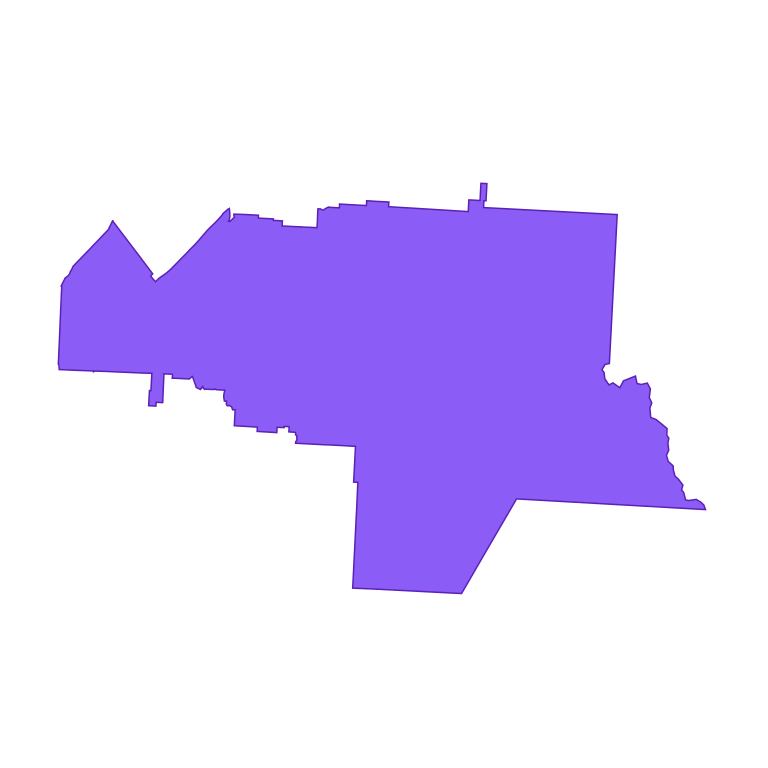 Armadale, Western Australia, Australia, rotated 3°
{"feature_id": "25037944B45600387855719", "entity_name": "Armadale", "entity_type": "district", "adm_level": 2, "iso_a3": "AUS", "parent_name": "Australia", "parent_adm1": "Western Australia", "projection": "equal_earth", "projection_center": [116.021, -32.179], "detail": "fine", "context": "isolated", "style": "filled", "palette": "violet", "viewbox_px": 768, "rotation_deg": 3, "n_neighbors": 0, "source": "geoboundaries", "source_scale": "gbopen_adm2", "svg_char_len": 5732}
<svg xmlns="http://www.w3.org/2000/svg" viewBox="0 0 768 768"><g transform="rotate(3 384 384)"><path d="M58.9,386.6L67.0,386.5L73.9,386.5L91.9,386.2L92.1,386.2L92.4,386.2L92.6,386.2L93.0,386.1L93.1,386.5L93.2,387.0L94.6,386.3L94.9,386.2L95.3,386.2L95.5,386.2L106.4,386.0L120.1,385.9L140.9,385.7L151.6,385.5L151.6,389.1L151.6,389.7L151.6,402.8L150.1,402.8L150.1,418.0L157.4,418.0L157.4,414.2L163.7,414.2L164.0,414.1L163.9,407.9L163.9,406.7L163.8,398.1L163.8,393.5L163.7,385.9L163.7,385.7L163.6,385.4L171.8,385.3L172.1,385.5L172.2,385.8L172.3,386.0L172.3,387.6L172.2,389.3L175.2,389.2L180.7,389.2L181.8,389.2L185.7,389.2L188.8,389.2L189.1,389.2L189.3,389.1L189.6,389.0L189.8,388.8L192.0,386.5L192.6,387.2L195.9,395.1L196.7,397.3L201.0,399.1L202.0,397.8L201.8,397.6L203.1,396.0L203.3,396.3L203.5,396.6L203.6,397.3L204.1,397.8L204.5,398.3L204.8,398.6L205.1,398.8L205.3,398.7L205.5,398.6L205.8,398.4L205.9,398.5L206.0,398.5L206.7,398.5L211.1,398.5L214.3,398.4L214.7,398.3L214.9,397.7L215.0,397.7L215.3,397.9L215.7,398.1L215.9,398.2L216.2,398.3L216.8,398.4L217.3,398.5L225.4,398.5L224.9,400.9L224.7,402.3L224.7,402.5L224.6,403.1L224.6,403.3L224.6,403.7L224.6,404.1L224.6,404.5L224.6,404.9L224.7,405.3L224.7,405.7L224.8,406.2L225.5,409.4L227.7,409.4L227.6,412.3L227.6,412.5L227.9,413.0L228.3,413.6L228.6,413.9L229.0,414.0L229.4,414.0L230.0,413.7L230.3,413.6L231.2,413.8L231.8,414.1L232.3,414.4L232.7,414.8L233.0,415.0L233.3,415.4L233.6,416.4L233.7,416.8L234.2,417.2L234.5,417.8L235.3,417.6L235.9,417.5L236.4,417.5L236.7,417.5L236.7,422.4L236.7,433.5L249.7,433.6L259.8,433.7L259.8,438.0L275.0,438.1L279.5,438.2L279.5,432.8L286.5,432.8L286.5,431.6L291.5,431.6L291.5,436.8L297.9,436.9L298.4,437.9L298.3,439.4L299.6,440.1L299.8,442.1L299.9,444.7L298.8,446.3L298.8,447.8L299.8,447.8L311.6,447.8L328.6,447.8L331.1,447.7L346.7,447.7L358.8,447.8L358.8,483.6L363.0,483.6L363.2,507.6L363.4,584.9L363.4,589.5L382.6,589.3L472.1,589.2L472.4,589.2L496.1,542.9L522.4,491.8L711.6,492.6L709.8,488.2L706.7,485.5L701.9,482.9L694.4,484.4L691.3,484.0L688.9,476.6L686.7,474.2L687.8,469.3L682.9,463.5L679.4,460.7L677.6,455.1L677.5,454.6L677.4,454.3L677.1,450.7L671.9,446.4L669.8,440.5L671.8,435.1L670.6,428.2L671.3,423.2L669.1,420.3L669.0,413.6L657.4,405.1L652.1,403.5L650.8,394.0L652.4,388.9L649.6,383.6L650.3,375.0L646.9,369.3L641.0,371.0L636.7,370.3L634.7,362.9L623.0,368.3L619.7,375.4L612.6,370.9L608.7,373.1L604.3,367.3L603.1,360.9L600.9,358.2L603.9,352.8L608.0,351.8L608.0,304.4L608.0,291.8L608.0,259.7L608.0,202.6L474.2,202.6L474.2,195.7L476.3,195.7L476.3,178.5L470.3,178.5L470.3,195.7L459.1,195.7L459.1,207.4L405.5,206.9L379.3,206.7L379.4,202.0L365.1,202.0L360.6,201.9L360.0,201.9L357.1,201.9L357.1,204.4L357.1,206.7L356.3,206.7L350.8,206.7L344.5,206.7L330.2,206.6L330.2,210.4L319.6,210.4L319.6,210.2L318.9,210.4L318.7,210.5L318.2,210.8L317.8,211.0L314.3,213.3L314.2,213.4L314.0,213.5L313.8,213.6L313.7,213.6L313.3,213.5L312.4,212.9L312.0,212.7L311.7,212.6L311.4,212.5L311.1,212.5L308.9,212.5L308.8,213.6L308.8,216.8L308.9,221.5L308.9,222.5L309.0,224.8L308.9,229.2L308.9,231.4L306.3,231.4L302.4,231.4L296.8,231.5L293.1,231.4L287.7,231.5L282.7,231.5L278.5,231.5L276.2,231.5L274.0,231.5L274.0,226.4L271.8,226.4L264.9,226.4L264.9,224.9L250.8,224.9L249.8,224.9L249.8,222.0L243.1,222.0L235.6,222.0L225.4,222.2L225.2,222.2L225.1,222.7L225.3,223.4L225.3,223.7L225.8,224.8L225.9,225.2L221.6,229.8L221.3,229.8L220.4,229.6L220.8,229.4L220.9,228.5L221.1,227.0L221.2,225.9L221.3,225.3L221.3,224.2L221.2,223.2L221.2,222.7L221.1,221.9L220.9,220.3L220.6,218.2L220.3,216.8L220.0,217.0L218.8,217.8L216.3,220.2L214.9,221.6L214.3,222.2L213.9,222.8L213.9,223.2L213.5,223.7L213.2,224.2L212.7,224.8L212.2,225.4L211.8,225.9L211.5,226.3L211.2,226.6L211.0,226.9L210.5,227.5L209.5,228.8L208.6,229.8L208.1,230.4L207.7,230.8L207.4,231.3L206.7,232.0L206.3,232.4L206.3,232.5L205.9,232.8L205.5,233.3L205.1,233.7L203.8,235.1L203.4,235.5L202.7,236.2L202.2,236.8L201.7,237.3L201.3,237.8L200.8,238.3L200.0,239.3L199.5,239.8L199.1,240.3L198.7,240.9L198.2,241.5L196.5,243.7L196.0,244.3L195.3,245.2L194.6,246.2L193.8,247.2L192.0,249.5L190.6,251.3L190.2,251.8L189.2,253.0L187.8,254.7L184.5,258.4L182.7,260.4L182.0,261.3L180.8,262.7L179.9,263.7L179.5,264.2L177.0,267.0L173.9,270.5L172.4,272.2L171.5,273.3L170.3,274.6L167.8,277.4L166.9,278.4L165.9,279.6L165.2,280.4L163.6,282.0L163.2,282.4L162.4,283.1L161.7,283.8L159.6,285.6L156.5,288.0L155.7,288.6L155.2,289.0L154.9,289.3L154.2,289.8L153.7,290.3L153.1,290.9L152.1,292.0L151.6,292.5L151.1,293.1L150.5,293.8L147.3,290.6L145.3,288.4L146.1,287.4L147.3,286.2L146.6,285.3L145.2,283.6L143.8,282.1L143.7,281.9L143.5,281.6L143.2,281.3L143.0,281.0L136.5,273.3L133.8,270.0L127.6,262.7L123.8,258.2L120.9,254.8L117.3,250.5L116.7,249.8L115.0,247.8L113.2,245.7L110.2,242.1L108.2,239.7L106.9,238.2L106.2,237.5L106.1,237.3L105.9,237.0L105.8,236.9L105.5,236.5L105.4,236.4L105.2,236.2L105.0,235.9L104.9,235.7L104.7,235.2L104.4,235.3L103.7,236.9L100.8,243.8L100.6,244.2L100.4,244.5L100.2,244.9L100.0,245.0L93.9,252.1L86.0,261.2L82.8,265.0L79.7,268.5L74.0,275.1L69.9,279.8L68.0,282.1L67.8,282.3L67.6,282.5L67.3,282.9L67.3,283.0L67.1,283.4L66.9,284.0L66.3,285.4L66.0,286.3L65.6,287.0L65.4,287.2L65.2,287.7L64.9,288.2L64.8,288.4L64.7,288.7L64.7,289.0L64.4,289.9L64.3,290.1L64.1,290.6L63.9,291.0L63.7,291.3L63.6,291.5L63.2,292.1L62.8,292.6L62.5,292.8L62.2,293.1L61.9,293.3L61.1,294.0L60.9,294.1L60.6,294.4L60.2,294.7L59.9,295.1L59.8,295.4L59.7,295.6L59.6,295.8L59.5,296.1L56.4,303.2L57.0,303.6L57.1,304.5L57.1,310.8L57.1,311.2L57.1,314.3L57.2,317.3L57.2,321.4L57.2,323.6L57.6,363.5L57.6,363.8L57.6,369.3L57.7,374.2L57.7,380.7L57.6,380.9L58.2,381.9L58.3,382.2L58.4,382.5L58.5,382.9L58.5,383.0L58.9,386.6Z" fill="#8b5cf6" stroke="#5b21b6" stroke-width="1.5"/></g></svg>